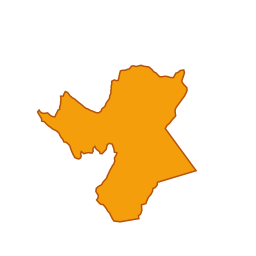 Viana, Espírito Santo, Brazil, rotated 310°
{"feature_id": "56859067B48363656253494", "entity_name": "Viana", "entity_type": "district", "adm_level": 2, "iso_a3": "BRA", "parent_name": "Brazil", "parent_adm1": "Espírito Santo", "projection": "robinson", "projection_center": [-40.52, -20.392], "detail": "fine", "context": "isolated", "style": "filled", "palette": "amber", "viewbox_px": 256, "rotation_deg": 310, "n_neighbors": 0, "source": "geoboundaries", "source_scale": "gbopen_adm2", "svg_char_len": 2639}
<svg xmlns="http://www.w3.org/2000/svg" viewBox="0 0 256 256"><g transform="rotate(310 128 128)"><path d="M77.8,57.4L79.1,60.1L78.7,62.4L78.5,65.6L78.8,68.2L78.8,71.0L79.6,73.9L79.8,76.0L79.8,78.3L78.7,80.4L77.8,82.7L77.3,85.7L76.1,87.6L77.2,89.7L77.3,92.4L76.9,95.0L75.4,97.3L73.9,99.9L72.3,103.3L71.2,106.3L71.7,108.3L72.7,110.3L74.6,110.9L76.4,110.2L77.9,108.2L79.9,107.4L79.9,110.7L82.0,112.1L84.0,113.9L85.6,116.6L87.8,116.3L89.6,114.4L92.6,114.4L91.5,116.9L91.4,119.0L91.6,121.3L90.5,123.0L91.6,124.7L94.5,124.9L97.6,125.0L99.9,123.8L102.1,122.8L104.4,123.7L105.5,126.3L103.9,129.0L102.7,130.9L100.7,133.1L101.9,135.3L99.9,136.3L98.1,136.5L96.1,137.0L94.3,139.1L91.5,140.2L88.7,140.4L86.8,140.9L84.5,141.2L81.4,142.1L78.1,142.9L75.6,143.9L72.7,143.7L69.8,143.7L67.8,144.3L66.1,143.6L63.9,142.8L61.4,142.5L58.7,144.2L57.9,146.5L57.4,148.4L55.4,149.9L52.7,150.2L52.1,153.2L52.0,155.8L53.4,158.5L52.8,161.2L52.2,163.7L51.4,165.6L51.0,168.6L49.8,171.2L48.4,174.5L47.7,177.0L49.2,179.3L51.0,182.2L65.6,194.6L67.6,192.3L69.5,192.9L71.4,192.6L73.9,191.5L76.0,189.4L77.9,187.7L79.5,188.9L81.7,190.3L83.6,189.5L85.9,188.8L87.9,188.2L89.8,188.2L92.2,188.2L95.4,187.4L97.7,186.0L99.8,187.1L102.7,187.1L105.4,185.5L139.1,207.6L141.2,198.7L142.1,195.3L144.6,185.1L145.1,182.9L146.3,178.0L147.3,174.1L148.6,168.7L150.9,159.6L151.6,156.8L155.0,156.3L159.0,156.8L161.6,156.6L164.0,156.6L166.0,156.8L168.0,156.7L169.7,154.7L172.0,152.5L174.9,151.6L178.2,151.4L181.2,151.2L185.5,150.9L188.9,150.7L191.0,150.2L193.2,149.7L194.9,149.0L196.7,147.1L197.0,144.6L197.2,142.3L198.2,139.2L200.7,138.1L202.6,137.4L204.7,136.6L206.8,135.5L208.3,133.4L205.5,131.0L202.7,130.6L200.7,129.4L198.5,129.9L195.7,130.4L193.9,127.9L192.9,125.3L191.1,122.7L189.1,121.2L187.7,119.3L187.8,116.7L188.2,114.0L187.6,111.4L188.2,108.6L188.2,104.8L186.9,102.7L185.4,100.3L184.4,97.6L182.6,96.4L180.3,94.7L179.1,92.1L177.6,90.9L174.2,91.1L172.2,89.6L170.5,88.8L168.8,86.8L166.9,85.5L164.2,86.7L160.4,88.8L158.2,89.9L156.8,88.6L155.9,86.5L153.3,85.5L150.9,87.5L149.1,88.3L147.6,89.8L145.8,90.7L143.7,92.5L140.7,93.4L138.8,94.8L135.8,95.0L133.7,95.2L131.9,95.6L129.7,96.5L127.9,96.0L125.8,95.7L123.5,96.5L120.6,95.7L119.2,93.5L118.4,90.8L117.2,87.5L116.8,85.0L116.1,83.2L115.9,80.3L116.0,78.0L115.9,75.2L115.8,72.3L115.9,69.1L115.4,65.5L115.4,62.6L116.4,58.9L115.6,56.5L112.8,57.1L110.9,57.9L109.0,55.9L107.2,58.0L104.9,59.5L102.4,61.3L100.1,62.1L98.6,63.6L96.7,62.9L94.2,63.6L91.8,64.1L89.7,64.9L88.2,62.7L87.7,60.7L87.9,56.7L86.0,55.0L84.4,53.2L83.9,50.5L84.6,48.4L82.2,48.4L81.3,50.6L80.3,53.5L79.6,55.7L77.8,57.4Z" fill="#f59e0b" stroke="#b45309" stroke-width="1.5"/></g></svg>